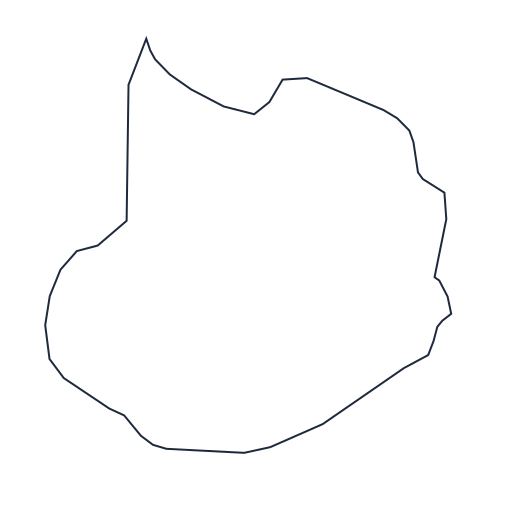 Boa Vista, Robinson projection, rotated 7°
{"feature_id": "CPV-5055", "entity_name": "Boa Vista", "entity_type": "state/province", "adm_level": 1, "iso_a3": "CPV", "parent_name": "Cabo Verde", "parent_adm1": "", "projection": "robinson", "projection_center": [-22.807, 16.113], "detail": "fine", "context": "isolated", "style": "outline", "palette": "slate", "viewbox_px": 512, "rotation_deg": 7, "n_neighbors": 0, "source": "natural_earth", "source_scale": "10m", "svg_char_len": 689}
<svg xmlns="http://www.w3.org/2000/svg" viewBox="0 0 512 512"><g transform="rotate(7 256 256)"><path d="M435.8,255.3L440.9,258.0L451.1,272.9L456.8,289.6L448.8,297.5L444.6,304.2L442.6,318.7L439.0,333.3L416.5,349.2L342.7,414.7L293.4,444.0L268.3,452.8L190.6,458.3L176.8,456.0L163.7,448.5L144.6,430.3L129.0,425.3L80.1,400.6L63.6,383.4L55.2,350.3L56.2,320.9L63.6,293.4L77.6,272.9L97.6,264.9L123.3,236.8L108.6,101.6L120.6,53.7L126.0,64.9L131.9,73.1L148.3,86.3L171.4,98.6L205.7,111.5L236.9,115.5L250.5,101.6L260.9,77.7L285.0,73.2L364.8,95.6L379.4,102.1L392.9,112.8L398.4,123.8L406.6,153.3L412.2,159.3L435.3,170.2L440.4,196.3L435.8,255.3Z" fill="none" stroke="#1e293b" stroke-width="2"/></g></svg>